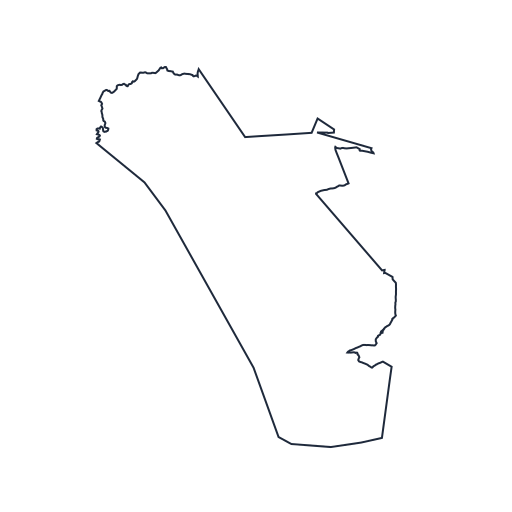 Santo Domingo Petapa, Oaxaca, Mexico (Mercator projection), rotated 349°
{"feature_id": "50627088B45073633199756", "entity_name": "Santo Domingo Petapa", "entity_type": "district", "adm_level": 2, "iso_a3": "MEX", "parent_name": "Mexico", "parent_adm1": "Oaxaca", "projection": "mercator", "projection_center": [-95.218, 16.851], "detail": "fine", "context": "isolated", "style": "outline", "palette": "slate", "viewbox_px": 512, "rotation_deg": 349, "n_neighbors": 0, "source": "geoboundaries", "source_scale": "gbopen_adm2", "svg_char_len": 5950}
<svg xmlns="http://www.w3.org/2000/svg" viewBox="0 0 512 512"><g transform="rotate(349 256 256)"><path d="M235.4,61.7L235.0,62.5L234.3,63.6L233.7,65.0L233.4,66.1L233.3,67.2L233.1,68.7L232.8,68.4L232.1,67.6L231.5,67.4L230.9,67.5L230.3,67.7L229.6,67.7L229.0,67.7L228.6,67.3L228.3,66.7L228.2,66.2L227.4,65.9L226.9,65.5L226.4,65.3L226.0,65.0L225.5,64.8L224.8,64.7L224.5,64.5L224.0,64.3L223.2,64.2L221.3,63.6L220.6,63.3L220.0,63.3L218.3,63.4L216.8,64.0L216.1,64.1L215.6,64.1L214.3,63.6L213.1,62.8L212.1,62.7L211.5,62.5L210.9,62.2L210.5,61.7L210.1,61.0L209.9,60.7L209.8,60.3L209.6,59.6L209.5,59.1L208.1,58.6L207.3,58.2L206.4,58.0L205.5,57.7L204.7,57.2L204.4,57.0L204.4,55.7L203.9,54.5L203.8,53.5L203.2,53.2L202.5,53.1L201.9,53.3L201.4,53.6L200.9,53.7L200.6,53.9L199.3,53.7L198.9,52.8L198.1,53.0L197.3,53.8L195.8,55.3L194.9,55.8L194.1,56.3L192.3,57.3L191.5,57.1L190.7,56.8L189.8,56.5L188.9,56.3L187.9,56.6L186.3,56.4L184.4,56.0L183.8,55.7L183.3,55.3L182.9,54.8L182.2,54.5L181.5,54.5L180.9,54.6L180.4,54.6L179.4,54.4L178.7,54.3L178.1,53.9L177.0,53.9L176.9,54.2L176.1,54.5L175.5,54.9L175.3,55.2L174.9,55.8L174.2,57.0L173.9,57.7L173.4,58.7L173.0,59.4L172.1,60.1L171.0,60.8L170.5,61.2L169.3,61.6L168.8,61.2L168.5,61.0L167.5,61.7L167.2,62.5L166.9,62.8L165.7,63.2L164.5,63.1L164.0,63.2L163.0,64.0L162.5,64.8L162.0,64.8L161.0,63.9L160.9,63.1L160.2,62.7L159.6,62.2L159.3,61.8L158.5,61.8L157.8,62.1L157.3,62.4L156.5,62.4L155.9,62.4L155.1,62.0L154.6,61.9L153.1,62.0L152.3,62.3L151.8,62.7L151.6,63.3L151.5,64.1L151.3,64.9L151.2,65.3L148.1,67.5L147.1,68.0L146.4,68.2L145.9,68.4L145.0,68.2L144.5,67.6L144.0,66.8L143.7,65.9L143.2,65.8L142.6,65.9L142.1,65.5L141.8,65.2L141.3,64.6L140.6,64.4L137.6,65.4L136.3,67.0L136.0,67.7L135.3,68.4L134.9,68.9L133.6,70.7L133.2,71.3L132.8,71.8L132.4,72.3L132.1,72.7L131.8,73.2L131.3,73.8L132.3,74.6L133.1,75.0L133.6,75.9L133.9,77.3L132.9,78.5L133.1,79.4L133.3,81.1L133.4,82.0L133.2,82.3L132.7,82.8L132.3,83.3L131.8,84.2L132.0,85.1L131.9,86.4L132.0,86.9L132.1,88.0L132.0,89.0L131.9,89.5L131.8,90.0L131.8,90.8L132.0,91.2L132.2,92.5L132.1,92.8L132.0,93.3L132.0,93.9L132.1,94.2L132.3,94.5L132.7,94.8L133.2,95.2L133.3,95.7L133.5,96.5L133.4,97.1L132.7,98.2L132.5,98.6L132.4,98.9L132.3,99.5L132.3,100.3L132.4,100.9L132.7,101.2L133.1,101.5L134.0,101.8L134.6,102.1L135.4,102.7L135.1,103.6L134.5,104.6L134.0,104.9L133.2,105.0L132.6,105.3L131.8,105.1L131.2,105.3L130.6,105.0L130.0,104.5L129.9,103.9L130.0,102.2L130.1,101.2L129.8,100.4L128.6,99.3L127.4,100.2L126.9,101.2L126.0,100.8L124.7,100.6L123.7,101.1L123.5,102.3L124.3,102.7L125.1,103.2L125.2,103.8L125.0,104.2L124.5,104.8L123.9,105.2L123.1,106.1L124.0,106.5L124.7,106.9L125.4,107.3L125.7,108.0L125.1,108.8L124.0,109.2L122.6,109.7L122.1,110.6L122.7,111.1L123.5,111.4L124.7,111.6L125.0,111.8L124.7,112.3L124.5,112.7L124.2,113.3L123.8,113.7L123.3,113.9L122.4,114.0L120.9,114.7L160.6,162.5L175.8,194.1L232.3,365.2L243.6,438.0L254.8,447.3L292.9,457.8L323.6,459.2L344.9,458.6L364.3,401.3L368.0,390.6L360.4,383.9L359.2,384.1L358.4,384.3L357.7,384.5L356.6,384.7L356.1,384.7L355.3,384.9L354.3,385.2L353.6,385.5L353.0,385.5L352.4,385.9L351.9,386.1L351.4,386.3L350.7,386.5L350.3,386.6L349.3,387.4L348.8,387.7L348.3,387.6L347.9,387.3L347.5,386.9L346.8,386.2L346.1,385.7L345.2,384.6L344.7,384.0L342.7,382.6L340.9,381.5L340.3,381.1L339.8,380.7L339.2,380.4L338.3,380.0L337.0,379.1L336.5,377.6L337.1,376.6L337.3,376.1L338.1,375.2L338.0,374.4L337.7,373.0L337.3,372.6L337.1,372.4L337.1,372.1L336.9,371.8L337.1,371.4L337.0,371.2L336.9,370.3L336.4,370.1L335.6,369.9L335.1,370.1L334.3,369.4L333.2,369.1L331.5,369.0L330.4,368.9L329.4,368.6L328.4,368.5L327.3,368.2L327.6,367.9L328.1,367.5L329.2,367.1L330.2,366.6L331.5,366.6L333.5,366.2L334.5,366.0L336.5,365.4L338.0,365.2L339.7,364.8L341.3,364.5L342.3,364.1L343.7,363.8L344.6,363.8L346.4,364.2L347.6,364.6L348.8,364.7L351.1,365.3L352.1,365.7L353.0,365.8L353.8,366.1L355.5,366.5L356.4,366.0L357.8,364.6L357.6,363.7L357.4,363.2L357.3,362.9L357.4,362.5L357.4,361.9L357.5,361.4L357.7,360.6L358.4,359.9L358.9,359.4L359.7,358.8L360.4,358.5L360.5,357.7L360.9,357.5L361.8,357.2L362.5,357.1L363.1,356.6L363.4,356.0L363.5,355.5L364.5,355.5L364.1,354.9L364.3,354.1L364.6,353.8L365.5,353.4L365.8,353.8L366.0,354.2L366.3,353.4L366.6,353.1L366.6,352.8L367.1,352.7L367.2,352.4L367.8,352.1L367.8,351.7L368.5,351.3L369.5,350.5L370.1,350.4L370.6,350.2L371.3,349.8L372.3,349.6L372.9,349.4L373.8,349.0L374.4,348.5L375.0,347.8L375.3,347.3L376.4,346.1L377.0,345.3L377.8,344.4L377.7,343.9L378.8,343.1L379.7,342.8L380.0,342.6L381.9,341.2L381.8,340.5L381.7,339.3L381.8,338.7L381.9,337.8L382.6,335.1L382.7,333.5L383.2,331.4L383.6,330.3L383.9,328.4L384.6,327.1L384.9,325.6L385.1,323.9L385.3,322.7L385.7,321.5L386.1,320.3L386.6,317.6L387.2,315.1L387.5,312.9L388.0,310.6L388.1,309.4L388.1,309.1L388.1,308.9L387.0,307.2L385.7,305.0L386.0,302.6L381.6,298.9L380.6,298.0L380.0,297.6L379.5,297.2L378.5,297.2L379.1,295.4L379.3,295.1L379.5,294.6L379.6,294.2L377.6,294.2L377.0,294.2L326.8,206.5L326.9,206.1L327.4,206.2L327.8,205.9L328.2,205.5L329.0,205.1L331.2,204.6L332.2,204.4L335.0,204.3L335.8,204.3L337.7,204.5L338.4,204.5L340.0,204.1L340.6,204.1L341.3,204.0L342.4,204.0L343.4,204.2L344.6,204.3L346.3,204.3L346.9,204.1L347.8,203.9L348.5,203.5L349.2,203.4L349.7,203.2L350.4,203.0L350.9,202.7L351.6,202.7L352.2,202.9L353.4,203.3L354.2,203.5L355.1,203.6L355.9,203.6L356.5,203.5L357.3,203.2L358.1,202.8L358.9,202.7L360.3,202.5L360.7,202.4L355.8,175.3L354.8,170.1L354.3,167.2L354.3,166.0L354.5,164.3L354.7,164.0L355.9,165.4L357.8,166.1L359.3,166.7L360.5,166.4L362.0,166.5L363.3,167.1L365.4,167.7L370.9,168.2L375.4,168.5L378.2,170.9L377.9,172.1L378.2,172.5L380.2,172.9L385.5,175.0L388.5,176.5L391.0,177.6L390.9,176.9L390.5,176.3L389.8,175.7L389.4,174.6L389.3,173.2L389.4,172.8L389.6,172.6L389.9,172.2L339.5,146.4L349.6,148.5L350.1,148.8L350.2,149.0L356.0,149.7L356.8,146.7L342.7,132.8L334.1,145.7L308.8,142.5L281.5,138.9L268.0,137.2L235.4,61.7Z" fill="none" stroke="#1e293b" stroke-width="2"/></g></svg>